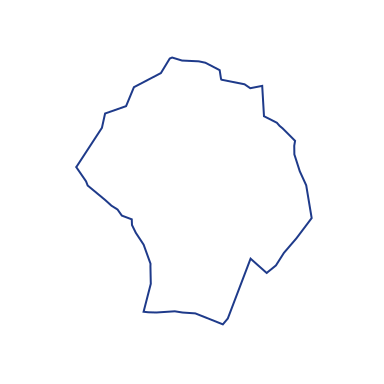 outline of Obi, Benue, Nigeria, rotated 302°
{"feature_id": "59680162B75172896497028", "entity_name": "Obi", "entity_type": "district", "adm_level": 2, "iso_a3": "NGA", "parent_name": "Nigeria", "parent_adm1": "Benue", "projection": "albers", "projection_center": [8.31, 7.01], "detail": "fine", "context": "isolated", "style": "outline", "palette": "blue", "viewbox_px": 384, "rotation_deg": 302, "n_neighbors": 0, "source": "geoboundaries", "source_scale": "gbopen_adm2", "svg_char_len": 846}
<svg xmlns="http://www.w3.org/2000/svg" viewBox="0 0 384 384"><g transform="rotate(302 192 192)"><path d="M96.1,288.3L103.7,289.4L166.5,277.0L162.9,298.2L174.2,302.1L189.1,302.2L208.1,305.1L228.6,306.9L233.3,307.3L258.2,285.3L266.7,272.4L276.1,261.3L278.1,258.9L285.4,254.2L290.0,252.3L294.0,235.0L294.5,231.2L295.7,227.3L294.4,212.9L319.2,195.3L310.9,186.4L311.2,179.5L303.0,157.9L302.9,157.2L303.6,156.4L310.0,150.9L308.7,134.8L306.4,128.5L298.2,113.9L295.5,103.9L293.4,102.4L276.4,102.6L250.1,87.2L229.9,90.6L212.5,76.7L198.7,81.6L153.1,80.7L151.8,80.6L144.9,96.5L142.2,100.1L139.2,122.6L137.7,131.0L137.7,138.1L134.8,145.0L136.9,155.4L132.2,158.6L127.6,166.0L121.7,178.9L109.2,194.8L107.0,196.1L92.3,205.7L64.8,214.4L66.8,218.6L70.9,225.6L81.7,240.6L84.8,247.9L90.8,259.1L96.1,288.3Z" fill="none" stroke="#1e3a8a" stroke-width="2"/></g></svg>